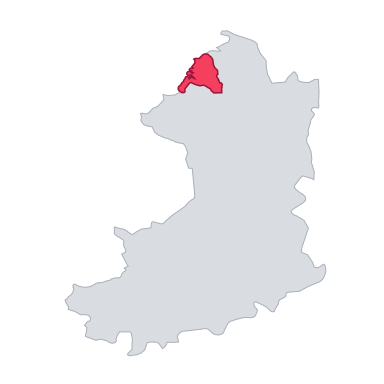 Boffa on a map of Guinea (Natural Earth projection), rotated 85°
{"feature_id": "GIN-5628", "entity_name": "Boffa", "entity_type": "Prefecture", "adm_level": 1, "iso_a3": "GIN", "parent_name": "Guinea", "parent_adm1": "", "projection": "natural_earth1", "projection_center": [-14.034, 10.295], "detail": "fine", "context": "in_parent", "style": "filled", "palette": "rose", "viewbox_px": 384, "rotation_deg": 85, "n_neighbors": 0, "source": "natural_earth", "source_scale": "10m", "svg_char_len": 5527}
<svg xmlns="http://www.w3.org/2000/svg" viewBox="0 0 384 384"><g transform="rotate(85 192 192)"><path d="M238.3,264.7L235.0,264.2L233.6,264.9L229.2,270.8L226.6,273.1L222.5,272.4L221.0,272.8L220.0,272.1L221.4,268.9L223.5,262.4L228.9,256.0L229.0,254.6L226.8,250.8L224.5,245.6L224.4,240.1L224.0,236.1L219.2,235.0L218.4,234.3L218.3,233.0L220.9,226.1L221.1,224.7L220.8,223.4L217.9,219.9L213.3,213.4L205.5,199.9L202.5,197.1L199.7,193.0L198.7,190.4L195.8,189.5L168.5,189.7L168.0,193.2L158.6,195.5L152.8,192.8L146.4,194.4L143.3,196.2L140.9,204.0L139.5,205.7L138.1,209.2L136.9,211.1L135.5,215.0L132.4,220.5L129.2,224.0L123.7,226.0L122.0,231.8L120.8,233.9L118.7,235.6L116.4,236.7L112.0,235.6L109.5,236.6L109.0,235.2L110.4,230.6L109.3,228.2L105.0,223.4L104.6,221.1L103.3,218.2L97.7,212.0L92.4,212.4L93.9,207.3L93.8,200.4L92.0,196.7L92.5,192.9L91.5,193.1L89.7,195.8L86.9,194.9L81.1,190.9L78.3,186.9L77.9,183.6L77.3,182.3L75.5,183.0L71.9,182.9L60.9,177.0L53.1,161.9L53.0,158.6L54.1,152.7L53.8,151.2L50.2,155.0L49.6,152.4L46.8,146.4L46.0,142.9L43.4,141.4L41.3,141.1L39.7,142.3L37.5,149.3L35.9,149.3L34.3,147.8L34.6,142.5L38.8,136.0L45.9,119.4L48.4,115.6L50.0,114.2L53.4,114.1L59.9,111.9L67.8,106.7L74.0,107.1L81.2,106.5L90.6,102.9L90.7,91.8L90.4,89.3L87.0,87.1L85.1,85.1L83.4,82.7L81.4,80.9L81.4,79.0L85.6,76.7L89.4,76.7L90.7,75.8L91.6,74.2L92.7,70.2L93.1,65.9L90.6,60.2L90.7,56.2L104.5,56.8L112.1,57.9L118.3,58.2L119.3,59.1L118.4,63.1L119.2,65.4L121.3,66.0L124.8,63.3L126.6,63.9L130.5,67.3L134.1,68.2L138.0,70.0L141.7,71.1L145.0,70.9L147.5,72.8L152.1,73.4L158.0,71.0L162.7,69.9L169.2,69.7L172.7,70.5L182.7,68.5L190.5,69.6L189.3,71.0L185.7,79.9L186.2,81.5L194.2,89.0L196.1,89.6L198.2,88.5L201.7,85.0L204.4,81.3L207.0,79.4L210.0,79.5L212.4,82.2L218.2,93.4L219.6,94.8L221.0,94.8L223.5,92.7L224.7,90.2L230.0,82.9L238.1,79.2L257.5,87.6L260.3,88.3L262.0,87.6L264.4,82.6L271.7,78.4L275.2,77.2L277.2,77.0L277.9,75.7L278.3,73.6L277.9,71.5L275.6,67.7L275.5,66.6L276.8,65.9L279.6,65.4L283.2,65.7L287.3,67.4L290.6,69.7L292.5,72.5L296.2,84.4L300.3,93.6L300.2,106.0L302.0,107.3L304.0,107.8L304.9,108.8L306.9,113.9L308.8,115.4L311.1,115.7L315.3,119.0L318.0,120.3L318.4,121.3L318.3,122.6L317.2,124.4L313.2,127.8L311.2,130.7L307.1,137.8L307.0,139.1L307.9,140.0L309.6,140.2L311.4,139.7L315.2,137.1L318.2,138.1L321.1,140.0L322.1,142.0L322.4,144.7L321.8,148.2L321.7,152.0L322.7,158.6L324.2,165.1L325.7,167.5L335.3,173.3L336.3,175.5L336.8,177.9L336.1,181.2L335.1,183.1L329.9,188.2L329.1,190.6L329.5,195.2L330.0,214.4L332.1,217.6L334.5,219.3L340.3,218.4L340.2,223.7L339.4,229.7L342.8,231.5L344.5,233.3L345.4,235.0L340.1,238.2L338.6,240.1L337.9,245.1L338.1,249.7L345.3,253.0L348.0,256.8L349.3,260.8L349.7,268.4L349.1,270.1L347.3,270.1L343.6,265.5L338.1,265.0L334.0,264.2L327.1,264.8L325.9,266.1L325.1,276.2L326.8,277.9L330.1,279.8L332.2,280.6L334.0,280.4L335.4,281.6L335.7,284.9L334.8,287.3L333.0,289.6L330.7,295.4L331.3,300.7L327.4,309.2L326.3,310.8L321.2,309.2L317.8,308.6L315.4,310.8L312.0,307.4L311.4,304.9L310.2,304.3L308.0,304.3L305.9,305.8L305.0,308.4L304.5,313.9L300.8,319.0L298.2,325.5L295.1,324.9L294.4,325.7L291.2,327.3L288.4,327.8L287.7,326.1L286.0,324.7L284.2,322.0L282.1,319.7L278.2,318.2L276.6,318.9L274.8,318.7L273.5,317.8L273.7,316.5L275.8,313.2L276.9,310.1L277.6,306.7L277.6,303.5L276.4,299.0L274.7,295.4L274.2,293.4L274.4,290.4L274.0,287.6L273.4,286.2L272.6,281.0L271.5,280.0L270.9,275.9L271.1,271.6L269.6,270.0L267.1,268.8L265.7,267.1L264.8,265.2L264.0,264.7L263.2,264.8L262.6,266.0L261.8,266.2L260.4,262.2L259.8,262.1L258.8,263.0L247.7,267.4L246.3,263.6L244.1,263.0L240.5,264.5L238.3,264.7Z" fill="#d9dde1" stroke="#a8b0b8" stroke-width="1"/><path d="M92.4,191.8L92.3,191.6L92.1,192.3L92.0,193.2L91.9,193.7L91.5,194.0L90.6,195.4L90.0,195.7L90.1,196.0L89.9,196.1L88.4,196.8L88.2,196.8L87.3,196.7L86.6,196.5L85.9,196.2L85.6,195.9L85.4,195.3L84.8,194.5L84.1,193.7L83.4,193.3L82.3,192.5L82.0,192.1L81.5,191.0L81.1,190.8L80.4,190.7L80.1,190.6L79.7,190.3L78.9,189.3L78.3,188.9L77.8,188.9L77.3,188.7L76.7,188.1L76.5,186.8L77.2,185.4L78.3,184.6L79.5,185.5L79.1,184.9L78.6,184.1L78.0,183.5L77.7,183.6L77.4,184.3L76.8,184.0L76.3,183.4L76.4,183.1L77.3,182.7L78.0,181.6L79.2,179.4L78.6,179.7L78.1,180.2L77.3,181.2L76.8,181.6L75.6,182.2L75.4,182.4L75.3,183.0L75.4,185.3L75.2,185.9L74.9,186.4L74.3,186.8L73.6,186.9L72.6,186.5L71.9,185.8L71.5,184.8L71.5,183.8L72.2,183.0L73.3,182.1L73.9,181.2L73.3,180.4L73.1,181.1L72.6,181.5L72.0,181.7L71.3,181.7L71.4,182.9L70.6,183.7L69.7,184.0L69.2,183.6L69.1,183.3L68.8,182.9L68.5,182.3L68.3,181.6L68.5,181.2L68.8,180.9L68.9,180.6L68.8,180.2L68.5,180.1L68.3,180.2L68.1,180.4L68.0,180.6L67.6,181.4L66.7,180.8L64.1,178.1L63.7,177.8L63.1,177.6L62.4,177.7L61.9,177.9L61.3,178.0L60.7,177.6L59.8,178.6L59.4,178.1L59.3,176.9L59.3,175.8L59.6,174.2L59.6,173.5L59.4,172.9L59.2,172.6L58.9,172.4L56.2,169.2L55.8,168.1L55.6,167.1L55.7,165.8L55.9,164.7L56.3,164.1L57.9,162.6L59.5,161.0L61.9,159.8L67.4,159.5L70.3,158.4L73.0,156.0L77.1,156.0L77.9,157.4L79.8,157.1L82.3,155.7L82.6,156.1L82.8,156.1L83.1,155.8L83.2,155.6L83.8,155.4L84.0,155.2L85.6,154.9L85.9,153.4L86.3,153.2L86.7,153.0L86.9,152.7L87.3,152.5L87.7,152.4L88.9,153.0L89.3,153.1L90.1,153.0L90.5,153.0L91.0,153.4L95.7,153.7L95.2,161.7L93.2,163.5L92.4,164.1L90.6,164.9L89.6,166.7L87.3,169.6L86.5,171.7L86.9,174.6L86.0,177.4L84.8,180.1L83.1,182.9L82.9,183.1L82.9,183.5L83.0,184.1L83.1,184.5L83.3,184.8L83.5,185.1L88.4,189.8L88.6,190.0L88.8,190.1L89.3,190.2L91.0,190.2L91.7,190.4L92.0,190.8L92.4,191.7L92.4,191.8Z" fill="#f43f5e" stroke="#9f1239" stroke-width="1.5"/></g></svg>